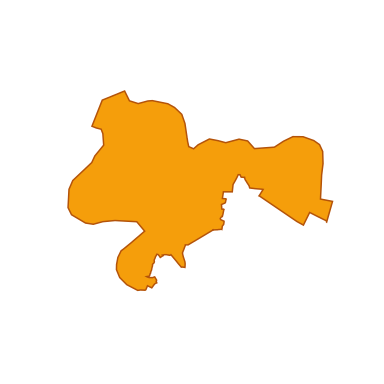 outline of Darayya, Rif Dimashq, Syria, rotated 126°
{"feature_id": "27442178B13792068888358", "entity_name": "Darayya", "entity_type": "district", "adm_level": 2, "iso_a3": "SYR", "parent_name": "Syria", "parent_adm1": "Rif Dimashq", "projection": "robinson", "projection_center": [36.249, 33.454], "detail": "fine", "context": "isolated", "style": "filled", "palette": "amber", "viewbox_px": 384, "rotation_deg": 126, "n_neighbors": 0, "source": "geoboundaries", "source_scale": "gbopen_adm2", "svg_char_len": 4228}
<svg xmlns="http://www.w3.org/2000/svg" viewBox="0 0 384 384"><g transform="rotate(126 192 192)"><path d="M137.2,65.4L117.0,72.8L122.2,83.9L109.2,92.4L102.1,97.1L92.0,102.7L82.4,110.1L78.7,116.7L78.8,123.7L82.0,134.6L87.9,142.9L97.1,147.8L107.3,151.7L120.2,167.0L118.0,177.0L121.6,185.0L132.3,193.7L135.2,201.2L138.9,209.1L150.2,214.8L156.1,216.1L157.2,221.3L154.1,224.8L153.3,225.7L153.1,225.8L152.8,226.1L152.4,226.5L151.5,227.4L151.3,227.7L150.2,228.7L140.7,238.0L135.2,245.9L133.9,255.6L134.8,263.4L141.4,277.8L144.4,281.3L152.1,287.5L155.0,296.2L149.9,305.9L170.4,318.6L197.6,311.6L196.5,307.2L194.6,302.4L197.2,298.4L206.0,291.0L219.9,291.8L227.1,290.4L252.8,295.2L262.1,293.1L277.5,283.1L281.2,276.1L279.7,259.9L276.1,252.9L268.4,246.7L260.3,237.5L248.5,219.2L251.5,207.3L269.3,211.5L278.8,214.0L281.2,214.8L288.5,213.5L295.0,210.4L299.2,207.5L303.7,200.2L305.3,190.3L303.5,178.1L301.5,176.0L299.0,172.2L298.2,171.9L294.0,172.9L293.2,168.2L288.8,168.2L287.5,167.9L286.2,167.1L286.0,167.4L285.9,167.5L285.4,168.4L285.0,168.5L284.1,168.8L282.6,172.3L283.4,172.9L284.6,173.7L285.0,174.4L285.3,174.8L285.6,175.2L286.0,175.8L286.2,176.0L286.3,176.2L286.4,176.4L286.5,176.5L286.7,177.3L286.9,177.7L287.0,178.1L287.1,179.0L286.8,178.7L285.9,177.8L285.2,177.2L284.9,177.1L284.7,177.1L283.8,177.4L283.4,177.7L283.1,177.7L283.0,177.8L282.9,177.8L282.7,177.8L282.4,177.8L282.2,177.8L281.9,177.9L281.7,177.9L281.6,178.0L281.4,178.1L281.2,178.3L280.9,178.5L280.7,178.5L280.1,178.6L279.5,178.7L279.1,178.8L278.6,179.0L277.8,179.4L277.2,179.7L276.2,180.1L275.7,180.3L275.3,180.4L275.0,180.5L274.6,180.8L274.2,181.1L274.0,181.3L273.9,181.3L273.7,181.3L273.3,181.4L273.2,181.4L272.9,181.3L272.7,181.3L272.6,181.2L272.2,181.1L271.4,181.2L271.0,181.3L270.9,181.3L270.7,181.4L270.6,181.5L270.4,181.6L270.2,181.7L270.1,181.8L269.9,182.1L269.7,182.3L269.4,182.5L269.2,182.6L268.9,182.7L267.8,182.9L266.9,183.1L266.7,183.1L266.2,183.4L265.9,183.5L265.6,183.6L265.4,183.6L265.1,183.5L264.8,183.5L264.1,183.6L263.9,183.7L263.5,183.8L262.9,183.8L262.8,183.2L262.5,182.5L262.6,182.2L263.0,180.8L263.2,180.3L263.6,179.2L262.6,178.8L261.9,178.6L261.2,178.3L260.6,178.0L260.4,178.8L259.8,178.2L259.5,178.0L259.2,177.8L258.7,177.2L258.5,176.9L257.8,176.0L257.4,175.2L257.3,174.9L257.1,174.5L256.6,173.5L256.6,173.3L256.5,173.2L256.4,173.0L256.3,172.8L256.1,172.7L255.7,172.3L255.1,172.2L257.1,164.2L258.0,161.0L258.1,160.6L258.7,158.0L259.1,156.5L258.6,156.0L258.0,155.0L257.6,154.3L257.4,153.9L257.2,153.4L257.0,153.5L256.3,153.9L254.2,155.3L254.0,155.5L253.8,155.6L253.6,155.8L253.4,156.0L253.2,156.2L253.0,156.4L252.8,156.5L251.4,158.4L249.5,161.0L248.0,162.8L247.4,163.4L247.2,163.6L247.0,163.8L246.8,163.8L246.7,163.9L246.5,164.0L246.4,164.1L243.6,164.8L240.4,165.7L239.6,165.9L239.4,165.9L239.2,166.0L238.8,166.2L238.7,166.3L238.6,166.2L237.1,164.1L210.7,152.8L210.5,152.7L210.2,152.9L210.0,152.7L210.2,152.3L210.0,152.2L209.3,151.4L208.5,150.4L207.7,149.4L207.5,149.1L207.0,148.7L206.1,147.6L205.4,146.9L204.7,146.0L204.7,145.9L203.6,146.4L203.2,146.6L203.0,146.8L202.8,146.9L202.6,147.0L202.4,147.1L202.2,147.2L202.0,147.3L201.9,147.3L201.6,147.4L201.3,147.4L201.1,147.4L200.8,147.4L199.7,147.3L197.7,148.3L196.8,148.9L197.5,152.7L196.8,153.6L195.2,153.6L194.0,153.0L193.3,153.6L193.2,153.6L192.9,153.5L192.7,153.5L187.5,155.9L187.4,155.9L187.4,156.0L187.3,156.3L188.1,157.4L188.3,157.8L184.8,160.8L181.8,159.0L181.7,159.0L181.6,158.9L181.4,158.9L181.2,158.8L180.9,158.8L180.7,158.9L180.5,159.0L180.4,159.0L177.8,160.2L177.7,160.2L177.7,160.3L177.6,160.5L177.7,160.8L179.4,163.6L173.4,166.7L168.2,159.5L161.8,163.2L157.3,163.7L153.8,164.2L150.8,164.8L149.8,163.3L151.1,161.0L151.1,160.9L150.0,159.3L149.8,158.7L149.2,158.1L149.8,157.5L150.1,157.1L150.3,156.8L150.4,156.7L150.6,156.5L150.7,156.4L151.0,155.7L151.1,155.3L151.3,154.9L151.6,154.1L151.9,153.4L152.4,152.2L152.9,150.8L153.4,149.5L153.5,149.4L153.6,149.2L153.8,149.0L154.8,147.7L153.9,146.0L153.0,144.4L152.3,143.1L151.1,141.1L150.0,139.3L148.7,137.2L148.1,136.0L154.6,135.5L155.7,135.5L155.6,135.2L154.2,89.8L154.2,89.7L153.3,82.4L139.4,84.8L139.0,82.4L137.7,74.3L137.6,74.2L137.4,72.5L136.3,66.3L137.2,65.5L137.2,65.4Z" fill="#f59e0b" stroke="#b45309" stroke-width="1.5"/></g></svg>